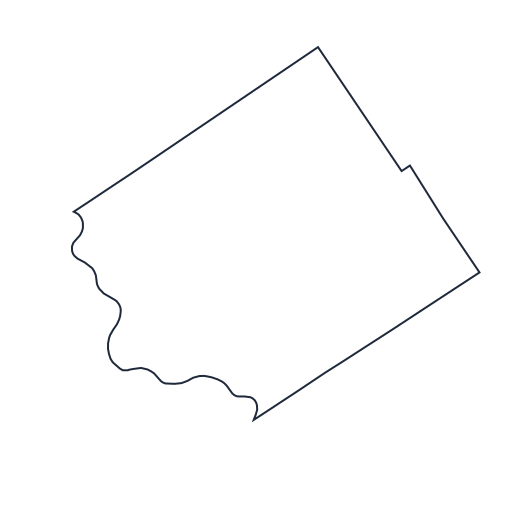 Fremont, Iowa, United States of America, rotated 326°
{"feature_id": "52423323B89292359630527", "entity_name": "Fremont", "entity_type": "district", "adm_level": 2, "iso_a3": "USA", "parent_name": "United States of America", "parent_adm1": "Iowa", "projection": "natural_earth1", "projection_center": [-95.772, 40.741], "detail": "fine", "context": "isolated", "style": "outline", "palette": "slate", "viewbox_px": 512, "rotation_deg": 326, "n_neighbors": 0, "source": "geoboundaries", "source_scale": "gbopen_adm2", "svg_char_len": 1340}
<svg xmlns="http://www.w3.org/2000/svg" viewBox="0 0 512 512"><g transform="rotate(326 256 256)"><path d="M115.4,219.1L115.4,219.8L114.7,223.1L113.5,225.4L112.2,227.1L109.5,230.1L106.9,232.2L102.6,234.8L96.5,237.2L90.8,240.0L88.5,241.7L84.6,245.6L81.4,250.2L79.3,255.1L77.9,260.1L77.8,264.0L80.2,273.2L81.7,276.3L85.9,279.1L87.1,279.3L90.4,280.7L98.1,284.5L102.7,289.5L104.6,293.1L105.9,296.5L107.2,306.5L108.1,308.8L109.5,310.9L116.8,316.3L117.7,316.8L123.1,319.7L129.2,321.2L135.9,321.8L142.0,323.9L146.1,326.5L148.1,328.4L151.4,331.8L155.2,336.8L157.6,341.1L158.6,343.8L159.2,347.3L159.5,356.7L160.3,359.4L161.7,361.6L163.4,363.0L167.8,365.9L172.4,370.0L173.5,371.9L174.3,374.9L174.1,377.8L173.3,380.3L171.1,384.0L167.2,387.3L162.5,390.6L175.8,390.8L216.3,391.3L247.8,391.4L268.9,392.0L294.4,392.5L307.5,392.8L322.5,393.1L327.0,393.2L327.9,393.2L366.5,393.7L403.6,394.2L432.1,394.6L432.1,329.8L434.2,267.1L424.2,267.0L424.2,117.5L204.7,117.9L129.7,117.4L131.4,120.6L132.2,122.8L132.4,126.4L131.6,130.3L130.6,132.4L128.0,136.2L125.5,138.3L121.7,140.4L112.3,142.8L109.7,144.5L108.6,145.4L106.7,148.4L106.1,149.6L105.5,152.4L105.6,154.6L106.6,158.4L110.5,165.8L113.4,174.6L113.3,178.2L112.4,182.5L108.7,189.9L108.1,191.9L107.7,195.4L108.8,201.9L114.3,213.2L115.2,215.7L115.4,219.1Z" fill="none" stroke="#1e293b" stroke-width="2"/></g></svg>